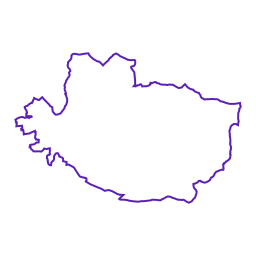 Ciofrangeni, Arges, Romania
{"feature_id": "2599482B54704009633873", "entity_name": "Ciofrangeni", "entity_type": "district", "adm_level": 2, "iso_a3": "ROU", "parent_name": "Romania", "parent_adm1": "Arges", "projection": "robinson", "projection_center": [24.531, 45.102], "detail": "fine", "context": "isolated", "style": "outline", "palette": "violet", "viewbox_px": 256, "rotation_deg": 0, "n_neighbors": 0, "source": "geoboundaries", "source_scale": "gbopen_adm2", "svg_char_len": 5705}
<svg xmlns="http://www.w3.org/2000/svg" viewBox="0 0 256 256"><path d="M188.8,202.7L191.0,201.7L191.9,201.1L193.4,199.1L195.0,197.6L195.1,197.2L195.7,195.8L196.5,193.2L196.6,192.4L196.7,191.7L196.4,191.3L196.0,190.1L194.5,188.5L193.8,187.2L193.4,184.9L193.4,183.9L195.2,183.5L196.7,182.9L198.2,181.7L198.8,180.9L200.6,180.8L201.1,181.6L201.8,181.7L204.4,182.7L206.4,182.2L209.2,180.7L209.5,180.3L209.9,180.1L211.0,177.7L211.9,177.2L212.5,177.0L213.3,176.3L214.5,174.4L214.6,173.7L215.9,172.1L216.7,171.6L221.5,169.7L223.3,169.8L223.5,169.3L223.5,168.6L223.5,167.8L223.3,167.4L223.4,164.8L223.2,164.6L223.9,164.0L223.7,163.4L224.0,163.1L224.7,163.0L225.4,162.5L225.7,162.0L225.8,161.7L226.1,161.4L227.0,161.2L228.1,160.2L228.7,159.9L229.2,159.1L229.5,159.0L229.9,158.6L230.0,157.7L230.4,156.8L230.4,156.1L230.3,155.1L230.6,154.6L230.1,154.1L230.1,153.3L230.4,152.7L230.3,151.1L230.4,150.5L230.6,150.2L231.0,149.0L230.8,148.5L231.0,147.2L230.6,145.5L230.1,144.2L230.1,143.9L230.3,143.6L230.2,142.2L230.4,141.5L230.4,141.0L230.2,138.0L230.0,137.3L229.8,135.7L229.9,134.5L229.4,131.2L229.6,130.3L230.1,129.5L230.5,127.2L231.1,126.1L232.0,125.2L233.7,124.1L236.2,124.0L237.3,124.8L238.0,125.1L238.0,124.0L238.3,123.3L238.3,122.4L238.7,121.5L238.1,118.4L238.3,112.9L239.3,110.3L239.3,108.7L240.5,107.3L240.6,105.8L240.2,105.3L240.0,103.0L235.1,103.8L232.2,103.9L229.2,103.8L225.7,102.8L222.8,101.7L220.5,101.3L218.3,99.6L217.1,99.4L216.7,99.2L215.2,99.2L212.7,99.0L208.4,99.2L206.6,99.2L204.4,99.5L203.1,98.5L202.8,98.5L201.7,98.0L200.6,96.2L200.5,95.4L200.1,94.7L199.5,94.1L199.0,93.0L197.2,92.5L194.4,91.2L194.2,90.7L193.2,89.7L192.8,89.8L191.5,89.2L190.6,89.1L188.5,87.9L186.9,86.6L185.9,85.2L185.0,84.2L183.0,86.1L181.4,87.6L178.5,88.0L174.5,85.8L172.8,84.7L171.4,84.8L170.0,84.5L169.4,84.5L167.5,85.0L165.1,84.7L162.8,84.7L161.8,84.5L161.0,84.5L159.7,84.0L159.2,83.7L158.9,83.4L158.1,83.2L156.8,83.1L155.8,82.1L155.1,82.0L152.4,82.9L151.5,83.4L150.7,82.7L150.4,82.9L150.4,83.5L150.0,84.0L150.1,84.6L149.9,84.9L148.1,85.8L147.0,86.2L142.2,86.4L141.4,84.8L140.7,84.2L140.0,84.5L139.5,84.9L137.1,85.6L136.4,85.5L136.1,86.0L135.6,86.4L135.1,86.3L134.7,86.0L133.9,86.1L135.1,84.5L135.1,80.4L134.3,72.3L133.7,71.4L132.7,70.1L132.2,69.3L131.6,68.8L131.1,67.5L131.2,66.7L132.2,66.3L133.7,66.1L134.4,65.4L135.1,64.2L135.3,62.2L135.2,61.2L134.6,60.0L130.7,60.2L127.6,59.7L126.4,59.0L120.2,56.2L118.7,55.0L117.6,54.2L116.0,53.5L112.9,55.1L112.8,55.6L111.4,57.0L110.6,57.4L110.4,58.0L109.3,58.6L108.5,60.2L104.3,64.0L103.0,65.4L99.7,61.9L98.6,61.5L97.4,61.4L93.3,59.0L90.7,56.7L89.5,55.4L88.9,54.6L88.6,53.6L88.3,53.3L85.4,53.6L79.9,54.6L78.6,54.5L74.9,53.8L73.9,53.8L72.8,54.2L72.1,54.7L71.6,55.2L71.4,55.8L71.5,57.4L71.2,58.5L70.6,59.5L68.0,62.4L68.0,64.0L67.6,65.1L67.9,66.8L68.2,67.5L69.7,69.2L70.4,70.9L70.2,71.3L69.3,72.1L69.0,72.5L69.0,73.0L69.6,74.4L69.6,75.0L69.5,75.5L68.9,76.8L67.6,78.2L67.3,79.1L66.2,80.7L65.9,81.9L64.4,85.5L64.9,86.7L64.9,87.4L64.7,88.0L64.7,89.5L64.9,90.5L65.4,91.2L65.7,92.9L66.0,93.6L65.2,94.0L66.2,95.8L66.5,97.2L67.2,98.8L67.1,101.9L66.2,104.8L65.9,105.3L65.4,105.6L64.8,106.4L64.7,107.5L64.4,108.3L60.8,113.1L59.6,113.8L57.8,114.4L57.0,114.6L55.5,114.6L55.3,114.5L54.5,113.7L53.0,111.9L52.8,111.6L52.4,109.6L52.4,107.4L52.1,107.1L51.7,106.9L49.9,105.9L49.5,104.9L49.1,104.5L44.4,99.8L42.2,97.2L39.8,99.3L39.6,99.7L38.9,100.1L35.2,98.7L34.1,98.0L33.8,99.1L32.7,101.1L32.8,101.6L31.9,103.0L31.5,102.7L29.0,104.3L27.2,105.9L26.2,106.1L24.7,106.9L24.7,107.1L24.8,107.9L26.6,111.0L27.1,112.6L27.0,112.9L26.5,113.2L26.2,113.5L26.5,115.0L26.4,115.6L26.2,115.8L26.3,116.0L28.3,116.3L29.8,116.1L30.2,116.2L31.3,116.2L31.6,116.4L31.7,116.9L31.5,117.0L30.9,116.8L30.6,116.9L30.1,117.1L29.1,118.0L28.5,117.6L28.0,117.4L24.6,117.8L23.8,117.5L23.1,117.1L21.7,117.0L20.2,117.4L18.9,117.6L18.0,118.2L16.7,118.8L15.4,119.8L15.8,120.8L16.0,122.4L16.7,122.3L16.8,123.2L16.4,126.3L22.0,125.7L22.4,128.6L21.2,128.7L21.4,130.2L22.6,130.1L22.9,130.0L23.2,130.1L23.8,133.0L23.7,133.6L23.8,134.4L25.3,134.0L29.3,133.5L31.6,132.3L35.0,130.9L35.1,132.0L35.6,132.0L35.5,134.2L35.7,134.6L35.6,134.9L35.3,135.8L35.1,137.5L35.3,138.4L35.8,138.8L35.9,139.4L36.6,139.4L37.0,139.7L38.5,139.7L38.8,139.8L38.6,142.4L36.1,142.7L35.7,142.9L34.9,143.9L34.1,144.2L32.9,144.6L31.9,144.5L30.1,145.0L29.8,145.8L29.7,147.0L30.5,146.7L30.5,147.7L31.2,149.0L33.2,150.9L33.4,151.3L34.8,151.4L38.5,151.3L40.4,151.4L41.2,151.6L41.5,151.3L42.7,150.5L43.5,149.7L44.1,148.6L44.5,148.7L46.4,149.0L49.8,148.3L49.9,151.2L49.6,153.0L50.0,153.9L50.1,154.2L49.5,154.7L48.0,155.2L47.4,155.5L47.1,155.8L47.0,156.3L47.1,157.1L46.8,158.2L47.6,159.3L47.7,160.5L47.9,160.8L47.7,161.6L48.1,162.5L48.1,163.5L49.6,165.1L51.1,165.2L51.3,162.8L51.5,162.3L53.7,160.1L54.2,158.6L54.0,157.4L54.1,156.2L54.4,155.5L55.8,153.5L57.7,153.1L59.3,155.6L59.2,156.4L62.4,157.8L63.0,158.4L63.1,161.2L66.6,162.0L66.4,164.9L68.6,164.5L73.8,167.4L74.5,168.4L78.0,173.9L79.4,175.9L79.8,176.4L82.3,177.3L83.2,177.4L84.3,177.7L85.1,178.0L85.4,177.9L86.4,178.5L86.5,180.4L85.7,181.3L85.8,181.5L91.0,184.6L91.8,184.8L95.6,186.5L101.6,188.9L104.7,190.8L107.7,190.2L109.0,190.1L112.4,191.3L117.3,194.0L118.5,194.4L119.1,194.5L119.6,194.8L121.4,194.8L122.0,195.0L123.3,195.0L121.6,196.7L120.5,197.5L119.2,199.0L120.2,199.6L124.2,199.7L127.8,200.2L128.9,200.7L131.0,200.9L133.2,201.3L138.1,201.7L142.2,201.1L143.8,201.2L150.9,200.3L152.1,199.7L156.7,199.9L158.2,200.2L160.5,200.3L161.4,199.9L161.5,199.5L162.3,199.1L164.0,198.5L164.5,198.1L166.8,196.7L167.7,196.5L169.4,196.6L170.0,196.8L170.5,196.8L171.2,197.1L172.0,197.7L174.8,198.5L178.2,199.8L179.3,199.7L182.4,200.0L183.3,199.7L184.1,200.0L186.3,201.5L188.8,202.7Z" fill="none" stroke="#5b21b6" stroke-width="2"/></svg>